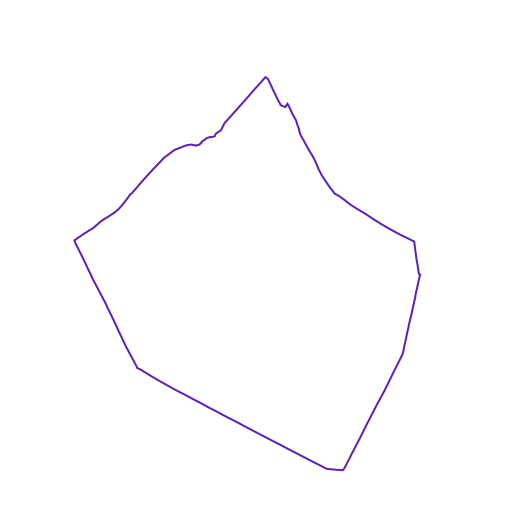 Al-Salman, Al-Muthannia, Iraq (orthographic projection), rotated 23°
{"feature_id": "34846034B73479794656328", "entity_name": "Al-Salman", "entity_type": "district", "adm_level": 2, "iso_a3": "IRQ", "parent_name": "Iraq", "parent_adm1": "Al-Muthannia", "projection": "orthographic", "projection_center": [45.251, 30.248], "detail": "fine", "context": "isolated", "style": "outline", "palette": "violet", "viewbox_px": 512, "rotation_deg": 23, "n_neighbors": 0, "source": "geoboundaries", "source_scale": "gbopen_adm2", "svg_char_len": 3815}
<svg xmlns="http://www.w3.org/2000/svg" viewBox="0 0 512 512"><g transform="rotate(23 256 256)"><path d="M194.8,87.7L194.1,89.7L193.0,93.2L189.7,102.6L186.5,112.5L185.4,115.8L183.5,121.5L181.6,127.0L179.8,132.3L178.4,136.5L175.4,145.1L175.1,145.7L174.9,149.6L174.5,154.1L171.3,158.9L171.2,161.8L169.7,163.2L169.2,163.7L167.6,164.3L167.0,164.6L165.6,165.9L165.0,166.3L164.2,167.5L162.1,171.0L161.4,172.0L161.4,173.3L160.7,174.8L160.5,175.5L159.8,175.9L158.6,177.0L157.9,177.8L157.0,177.8L155.6,178.2L153.7,178.6L152.8,178.8L152.4,178.9L151.1,179.8L149.6,180.8L148.6,181.4L147.7,182.1L146.6,183.2L145.2,184.7L143.5,186.4L141.9,187.9L140.9,188.8L140.2,189.6L139.6,190.0L138.3,192.3L136.6,195.3L135.7,196.7L134.2,199.5L133.0,201.4L132.3,203.2L130.5,208.2L126.1,219.9L124.0,225.8L122.6,230.0L121.2,234.3L119.8,238.8L118.5,242.7L117.7,245.2L117.4,246.2L117.1,246.8L116.3,248.0L115.9,249.9L115.2,252.9L114.0,257.4L113.1,260.5L112.8,262.0L112.1,263.7L111.6,265.4L111.2,266.3L110.9,267.2L110.3,268.3L109.3,270.3L108.1,272.3L106.7,274.4L105.5,276.3L103.7,278.7L102.7,280.1L101.9,281.2L101.5,282.0L100.1,283.9L99.0,286.1L97.8,288.6L97.0,290.0L96.2,291.9L95.6,292.9L95.2,293.8L94.3,295.2L92.2,298.0L90.8,300.1L89.4,302.0L87.8,304.5L86.6,306.4L85.9,307.7L85.2,308.5L84.2,310.2L83.2,311.9L82.7,312.5L83.9,313.9L85.5,315.5L88.5,317.9L93.7,322.3L98.4,326.4L101.6,329.2L105.0,332.3L107.9,334.9L110.2,336.8L113.4,339.7L113.7,340.1L118.6,344.1L122.1,347.0L126.6,350.7L130.3,353.7L135.4,357.8L138.5,360.7L143.0,364.6L146.4,367.5L152.2,372.7L158.7,378.6L165.6,384.7L170.8,389.4L180.4,397.2L189.0,404.1L190.5,405.5L193.1,405.6L193.9,405.6L198.1,406.3L204.8,407.3L216.4,408.8L225.6,409.8L231.9,410.5L237.7,411.0L244.1,411.4L252.2,412.2L262.6,413.0L266.1,413.4L269.2,413.7L272.5,414.0L278.4,414.4L290.9,415.5L297.0,415.9L297.8,416.0L307.1,416.7L311.1,417.1L319.6,417.8L326.7,418.4L333.4,418.9L342.3,419.6L347.6,420.0L351.6,420.3L353.5,420.4L355.6,420.6L360.0,421.0L368.1,421.6L374.6,422.1L379.9,422.5L385.0,422.9L391.9,423.4L398.1,423.8L402.4,424.2L404.2,424.3L406.0,423.8L410.2,422.4L414.3,421.2L417.5,419.9L418.7,419.6L419.8,419.1L420.1,417.7L420.4,415.8L420.5,413.8L420.7,411.5L421.3,403.7L421.3,401.8L421.5,399.7L421.9,395.7L421.9,393.7L422.4,388.5L422.8,383.0L423.4,373.5L423.8,366.5L424.2,361.9L424.6,356.0L425.4,345.2L426.2,337.0L426.9,329.7L427.0,327.2L427.4,320.5L427.8,313.4L428.1,307.5L428.3,304.3L429.1,291.8L429.3,289.9L429.2,288.7L428.6,284.9L427.7,280.9L426.5,274.3L425.6,269.9L424.8,265.6L424.1,261.8L423.4,258.6L423.4,258.2L422.5,253.1L421.2,245.2L420.3,240.8L420.0,238.9L419.9,238.1L419.3,235.5L418.8,232.2L417.9,228.8L417.4,226.5L416.9,223.0L416.2,219.5L415.6,216.4L415.1,213.3L414.6,210.9L414.6,210.1L414.4,209.1L413.5,209.1L413.2,209.0L412.3,207.8L410.3,204.4L408.0,200.8L405.1,196.4L403.4,193.6L402.2,191.4L400.3,188.4L399.6,187.0L398.3,184.9L397.3,183.1L396.4,181.5L395.9,180.9L394.5,180.8L392.4,180.7L389.4,180.5L387.9,180.5L385.1,180.2L382.3,180.2L378.9,179.8L376.5,179.7L376.4,179.7L368.0,178.8L364.2,178.4L360.2,177.8L358.2,177.6L356.6,177.3L352.0,176.6L348.7,176.0L344.3,175.2L342.7,174.8L341.0,174.6L338.8,174.2L335.8,173.8L334.2,173.6L332.5,173.4L330.7,173.1L329.0,172.9L326.8,172.5L325.8,172.3L325.0,172.2L322.2,171.6L318.5,170.7L315.4,169.8L313.9,169.5L310.9,168.7L308.7,168.3L308.1,168.2L304.3,167.9L297.1,163.9L290.6,159.8L284.5,155.6L279.6,151.6L275.4,147.4L274.2,146.3L273.0,145.1L268.5,141.5L264.0,138.3L262.9,137.4L259.1,134.5L255.1,131.3L251.5,128.6L248.7,126.2L245.6,122.0L242.6,118.8L239.7,115.4L236.5,112.9L236.4,112.8L233.2,110.4L229.8,107.0L225.5,103.6L224.7,107.5L223.2,107.5L221.7,107.5L219.8,107.5L218.0,105.9L216.1,104.5L213.0,101.8L209.5,98.8L205.2,95.0L203.3,93.2L200.6,90.9L198.6,89.0L198.0,88.4L197.1,88.3L195.8,87.9L194.8,87.7Z" fill="none" stroke="#5b21b6" stroke-width="2"/></g></svg>